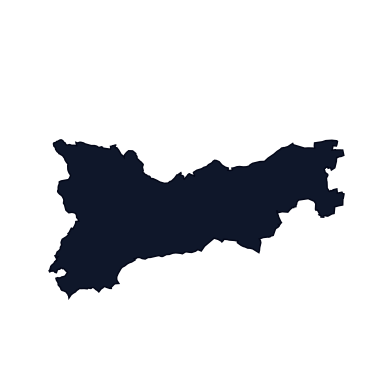 the district of Taga, Cluj, Romania, rotated 348°
{"feature_id": "2599482B54670496725150", "entity_name": "Taga", "entity_type": "district", "adm_level": 2, "iso_a3": "ROU", "parent_name": "Romania", "parent_adm1": "Cluj", "projection": "robinson", "projection_center": [24.058, 46.951], "detail": "fine", "context": "isolated", "style": "filled", "palette": "ink", "viewbox_px": 384, "rotation_deg": 348, "n_neighbors": 0, "source": "geoboundaries", "source_scale": "gbopen_adm2", "svg_char_len": 5993}
<svg xmlns="http://www.w3.org/2000/svg" viewBox="0 0 384 384"><g transform="rotate(348 192 192)"><path d="M101.4,266.2L100.2,262.9L100.2,261.5L100.7,259.3L102.7,256.4L106.6,252.1L108.1,251.0L110.7,250.3L114.0,248.7L116.2,248.1L118.4,247.9L122.1,246.6L121.7,245.2L123.2,245.5L124.2,244.8L126.3,244.9L127.7,245.4L129.4,246.7L132.3,247.8L135.3,246.9L137.8,247.3L144.8,247.2L146.6,247.3L148.5,248.6L149.9,248.9L153.9,247.8L156.9,248.3L160.5,247.8L163.5,248.1L167.7,249.4L169.8,250.4L172.8,249.3L174.0,249.3L177.6,250.6L179.2,251.0L183.1,250.6L185.7,249.5L188.8,251.6L193.0,247.6L204.0,241.7L207.8,243.8L210.4,246.1L210.8,247.0L211.3,246.8L212.8,245.6L212.9,244.9L214.0,245.0L216.7,245.8L218.5,246.7L223.6,248.2L226.8,249.7L225.9,251.0L228.9,254.3L230.9,255.9L232.5,256.7L234.8,258.4L237.1,259.0L239.6,260.2L244.8,265.2L245.8,263.2L246.6,260.5L248.7,256.0L248.8,254.0L248.1,251.9L252.2,251.3L257.4,251.8L257.7,252.1L259.3,251.9L259.4,251.5L262.4,251.3L265.8,245.7L266.6,245.0L268.6,244.4L270.2,243.3L270.0,242.3L270.5,242.7L272.4,240.9L273.1,240.6L272.5,238.9L271.5,234.4L271.5,233.2L270.9,229.6L270.9,228.2L271.3,228.2L271.4,229.2L271.9,230.1L276.1,230.0L281.6,231.6L284.4,229.4L286.3,228.4L286.4,227.9L288.3,228.3L288.6,227.6L290.5,228.0L290.9,227.2L291.0,226.3L291.8,225.6L292.2,224.2L293.2,223.0L294.6,222.0L304.3,222.6L309.5,226.3L310.5,228.7L310.6,229.4L309.2,234.6L309.5,235.6L310.9,235.5L312.2,240.0L311.4,240.6L313.3,242.2L313.0,243.3L315.6,244.0L315.8,242.7L316.7,242.7L318.4,242.8L318.4,243.4L319.5,243.4L319.7,243.8L319.9,243.8L324.3,242.5L326.5,242.5L328.0,237.8L328.3,236.2L332.9,235.9L336.7,236.0L338.1,230.2L338.6,229.7L340.3,225.5L338.9,224.7L338.6,223.4L333.9,223.4L334.3,219.1L330.5,219.2L330.4,219.7L328.5,219.9L328.2,219.5L326.6,220.1L326.4,219.9L325.0,216.3L326.1,210.2L326.0,209.1L326.4,206.2L328.1,204.3L328.4,203.6L328.3,202.8L327.1,201.6L326.8,201.0L326.3,200.8L326.3,199.0L326.0,197.9L326.2,196.9L327.2,196.5L327.9,195.8L329.9,195.6L330.1,197.1L332.6,196.9L332.9,199.5L336.7,198.0L339.6,191.9L340.1,189.8L340.6,189.1L340.7,188.3L342.3,188.3L343.1,188.0L345.3,188.2L348.1,187.7L348.1,182.3L341.2,180.8L341.1,180.5L337.8,180.2L339.5,176.0L342.8,177.0L343.8,175.2L344.8,172.7L344.2,172.0L341.1,171.0L340.9,171.2L340.1,171.2L340.2,170.7L339.6,170.5L333.5,169.6L329.8,170.0L322.1,169.5L321.2,172.5L321.3,174.1L321.1,174.6L320.5,174.5L314.8,173.1L311.3,172.6L301.1,167.0L300.8,166.6L300.6,165.5L295.2,167.6L291.1,167.9L290.9,167.7L288.7,167.7L287.2,168.7L283.9,169.9L279.9,172.1L273.5,174.7L269.3,177.2L264.8,176.4L257.2,176.6L254.4,177.6L253.3,178.5L250.5,178.7L247.4,178.2L243.8,177.0L241.2,176.7L238.3,177.1L236.0,177.0L236.3,178.6L234.7,179.0L233.2,178.8L231.6,178.1L232.0,177.6L232.4,176.1L229.9,174.8L227.7,172.7L226.8,171.7L224.8,168.0L222.4,166.3L220.7,165.7L218.9,166.4L218.3,167.1L217.0,167.8L213.9,168.7L211.6,170.2L208.7,170.4L206.3,171.3L201.3,171.7L197.6,173.1L197.4,173.5L197.7,174.4L197.9,176.6L197.7,176.9L195.3,175.2L194.9,175.4L193.4,173.7L193.0,173.6L191.5,174.3L191.3,174.7L188.5,176.8L188.3,177.2L187.1,177.8L186.7,176.9L187.0,175.3L186.7,174.5L185.4,173.6L184.7,173.5L183.9,172.7L184.9,172.0L185.2,171.4L185.1,170.8L181.3,172.4L180.8,172.2L177.9,174.8L174.0,177.2L172.8,177.1L170.4,178.3L166.8,177.8L162.6,175.6L160.1,173.4L157.0,171.1L156.2,170.7L154.9,170.5L154.5,169.9L154.1,168.5L153.5,167.7L151.5,166.9L151.3,166.1L149.4,164.7L149.0,163.6L148.0,162.8L148.2,161.8L148.7,160.9L148.6,157.3L149.9,155.2L149.9,154.7L148.4,152.1L147.0,150.5L146.4,149.3L145.3,148.0L145.2,147.5L145.5,146.4L145.5,145.7L144.9,144.3L144.7,143.4L145.0,142.7L142.5,139.5L138.6,138.5L136.3,139.7L133.9,141.6L133.4,142.5L132.8,144.2L131.8,141.9L130.6,140.9L128.9,135.7L127.6,133.0L126.2,133.0L126.3,131.0L127.1,130.3L126.8,130.1L124.0,130.5L124.1,130.3L123.5,130.3L123.2,130.8L121.8,130.5L121.7,131.9L121.1,133.2L114.8,130.9L113.7,130.3L113.7,129.6L113.1,129.5L112.8,129.0L110.5,129.2L109.2,128.5L108.9,127.9L108.0,127.2L106.1,126.3L103.1,125.7L97.4,122.7L96.1,121.5L93.5,120.2L92.5,120.0L90.3,120.3L88.8,119.4L88.9,122.7L86.3,121.8L84.1,121.4L82.1,120.2L79.3,120.2L78.5,119.3L78.0,117.5L76.8,116.6L76.7,115.7L75.9,114.6L75.1,113.9L73.8,113.7L71.1,114.5L70.0,114.5L69.1,115.3L68.0,115.2L66.9,115.4L66.5,116.1L66.5,118.5L67.6,120.1L67.5,121.9L68.4,124.3L69.9,126.2L69.8,126.7L70.4,127.1L73.0,129.5L74.4,132.7L74.5,134.3L75.6,137.3L76.6,138.7L75.9,140.5L75.3,144.1L75.3,145.3L75.8,147.9L76.6,149.8L76.6,150.9L74.9,153.2L73.6,154.2L66.3,154.0L64.3,154.5L63.9,156.4L62.6,158.3L62.1,159.7L61.7,161.8L61.0,162.7L60.7,163.8L61.2,165.0L62.1,166.5L63.7,168.3L64.3,169.5L65.0,172.1L64.9,174.0L64.4,175.0L64.0,176.3L64.7,178.1L64.9,183.4L65.3,184.1L67.2,186.7L69.8,186.8L70.7,187.0L72.7,187.9L73.8,189.0L74.2,190.9L73.9,193.0L75.0,194.9L75.2,197.0L71.7,196.7L72.0,196.9L72.0,198.0L70.3,200.5L67.8,203.4L66.8,202.4L66.4,202.4L63.4,206.1L62.1,206.9L62.6,207.9L59.9,209.6L55.2,211.3L53.5,214.0L53.4,215.7L53.6,216.2L53.2,217.1L51.8,218.6L51.3,220.5L49.5,221.8L47.7,222.6L45.9,225.4L45.5,225.8L44.7,225.9L45.3,227.9L47.0,227.7L45.7,228.9L45.5,229.5L45.5,230.7L44.3,231.0L44.3,231.5L43.2,231.7L41.9,233.3L40.3,234.0L38.5,235.3L37.4,237.4L37.9,237.4L37.6,238.1L35.9,239.2L36.1,240.3L36.3,240.6L37.4,240.0L38.7,240.4L39.3,240.0L40.4,240.7L41.2,241.7L41.3,242.1L42.6,242.7L44.0,240.3L45.2,239.8L46.6,240.0L48.1,238.8L49.5,240.1L50.5,240.0L52.6,243.5L53.6,244.8L50.2,247.9L49.7,248.0L46.5,248.1L45.9,248.6L43.6,248.4L43.0,247.9L41.0,248.1L41.1,250.0L42.0,252.5L42.1,253.8L41.8,255.0L43.5,258.2L43.7,260.1L44.3,261.1L46.4,262.2L48.2,263.7L48.7,265.0L49.4,266.3L49.5,267.4L49.8,267.6L49.6,270.1L52.5,267.3L55.3,266.0L56.3,265.8L57.6,265.2L58.5,264.4L62.1,262.9L63.1,263.3L66.5,263.9L69.5,264.9L70.6,264.3L73.0,265.3L73.4,265.2L73.5,264.7L75.2,264.7L76.3,265.4L77.7,267.4L78.5,268.2L78.8,268.3L80.1,270.3L82.9,267.9L85.2,267.0L85.4,266.6L86.1,266.2L87.8,266.8L88.5,267.4L91.7,269.2L93.0,269.5L93.0,268.5L96.9,265.9L97.9,265.7L101.4,266.2Z" fill="#0f172a" stroke="#020617" stroke-width="1.5"/></g></svg>